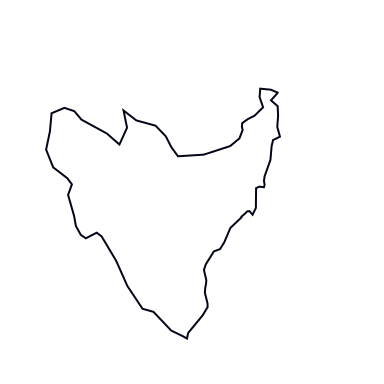 the border of Ungheni, rotated 245°
{"feature_id": "MDA-1623", "entity_name": "Ungheni", "entity_type": "District", "adm_level": 1, "iso_a3": "MDA", "parent_name": "Moldova", "parent_adm1": "", "projection": "equal_earth", "projection_center": [27.914, 47.242], "detail": "fine", "context": "isolated", "style": "outline", "palette": "ink", "viewbox_px": 384, "rotation_deg": 245, "n_neighbors": 0, "source": "natural_earth", "source_scale": "10m", "svg_char_len": 1124}
<svg xmlns="http://www.w3.org/2000/svg" viewBox="0 0 384 384"><g transform="rotate(245 192 192)"><path d="M233.6,305.9L224.6,302.2L215.0,296.8L205.0,295.1L204.8,287.4L199.7,283.4L188.0,276.7L175.5,264.4L171.6,261.9L167.7,260.8L165.9,259.2L168.4,255.3L168.4,251.7L150.6,243.2L145.8,237.3L150.4,236.0L151.1,233.8L149.9,230.6L148.8,226.4L148.1,226.1L143.2,211.6L132.8,200.0L128.4,193.3L128.9,186.7L120.6,173.9L116.3,169.9L106.0,167.7L102.8,165.9L99.7,163.6L95.3,161.1L84.2,158.9L81.1,157.5L75.8,149.7L65.9,129.0L61.3,125.5L64.6,123.2L75.2,114.6L99.7,106.4L107.1,97.8L134.1,93.7L161.7,94.2L190.1,91.3L195.4,88.4L194.9,76.2L200.1,73.1L210.2,72.4L220.1,75.0L241.8,78.5L249.7,86.4L257.2,84.8L273.0,76.6L292.1,77.7L306.9,88.8L322.7,98.0L322.2,111.9L315.0,119.5L304.3,122.4L280.9,139.6L265.7,146.3L277.7,160.3L294.8,164.4L280.4,171.8L267.5,187.0L253.5,191.8L241.5,192.2L230.3,194.4L220.9,218.4L217.5,246.0L220.5,257.6L226.8,264.1L230.1,264.8L233.2,266.6L234.5,273.6L234.7,280.9L238.7,292.2L249.5,293.4L256.8,297.5L251.4,306.7L245.9,311.6L245.4,311.1L241.7,302.3L233.6,305.9Z" fill="none" stroke="#020617" stroke-width="2"/></g></svg>